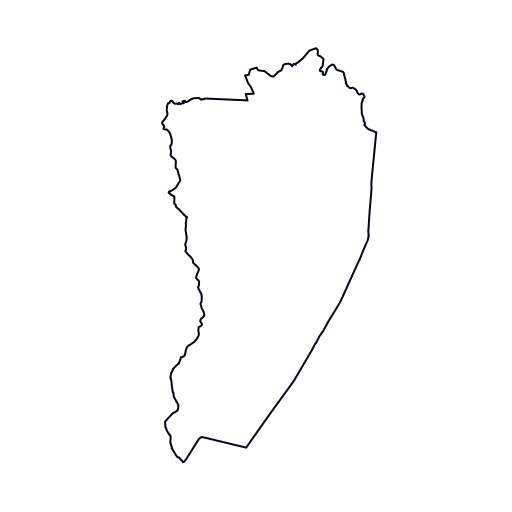 Rushinga, Mashonaland Central, Zimbabwe (Robinson projection), rotated 97°
{"feature_id": "62879985B22521901004108", "entity_name": "Rushinga", "entity_type": "district", "adm_level": 2, "iso_a3": "ZWE", "parent_name": "Zimbabwe", "parent_adm1": "Mashonaland Central", "projection": "robinson", "projection_center": [32.185, -16.62], "detail": "fine", "context": "isolated", "style": "outline", "palette": "ink", "viewbox_px": 512, "rotation_deg": 97, "n_neighbors": 0, "source": "geoboundaries", "source_scale": "gbopen_adm2", "svg_char_len": 6040}
<svg xmlns="http://www.w3.org/2000/svg" viewBox="0 0 512 512"><g transform="rotate(97 256 256)"><path d="M115.0,361.7L115.8,362.1L117.6,362.5L120.5,362.4L121.4,362.5L122.8,362.2L125.1,361.3L126.1,361.2L127.8,361.5L129.3,362.3L131.5,363.3L134.4,365.3L135.6,365.3L136.7,364.5L137.5,363.5L138.5,362.9L139.2,362.8L140.1,363.2L141.2,363.2L141.4,362.9L141.5,362.4L141.4,360.2L141.5,359.5L144.4,356.5L147.6,355.0L148.5,354.8L149.7,354.1L151.9,353.5L154.9,353.4L155.9,353.7L157.1,354.5L158.3,354.5L159.5,354.2L161.1,353.3L162.1,353.1L164.2,352.9L166.2,353.2L167.5,352.1L168.4,350.9L168.6,350.1L169.1,349.2L171.0,347.3L171.5,347.1L172.4,347.1L172.8,346.9L174.9,347.0L175.7,346.7L177.3,346.7L178.1,346.6L178.2,346.4L178.8,346.0L179.4,345.0L179.9,344.5L181.5,343.9L181.9,343.6L184.2,342.8L185.6,342.0L187.8,341.3L188.6,340.9L189.8,340.6L190.6,340.5L191.2,340.7L193.1,341.7L193.6,341.9L196.3,343.2L196.7,343.2L197.7,343.7L200.0,346.0L201.4,347.7L201.8,348.7L202.6,350.0L203.1,350.3L203.7,350.4L203.9,350.3L204.5,349.4L204.6,348.8L205.1,348.5L205.8,347.6L206.0,346.4L206.9,344.4L207.8,344.1L213.7,343.6L215.0,342.0L215.1,341.9L216.5,341.6L217.5,340.7L218.5,339.2L218.9,338.3L219.8,337.3L220.3,336.9L222.2,334.3L223.2,333.5L223.4,333.1L224.1,332.2L224.5,331.3L225.5,330.4L225.7,329.6L225.8,329.6L225.8,329.4L226.0,329.3L227.6,329.6L232.4,329.6L234.8,329.1L235.6,329.1L236.5,329.3L238.6,329.1L240.0,328.8L241.2,328.3L244.1,327.7L244.8,327.3L247.1,327.0L247.1,326.9L248.7,326.9L251.2,327.3L252.7,327.6L253.3,327.6L254.9,327.1L255.0,327.0L256.3,326.4L258.3,326.3L259.3,326.7L259.7,326.7L260.1,326.5L263.4,322.9L264.0,321.8L266.6,319.0L268.4,317.9L269.9,317.9L270.6,317.2L271.8,315.8L272.4,314.7L274.6,312.1L275.5,311.2L276.4,311.0L279.2,311.6L280.6,312.2L285.1,312.9L285.3,312.5L286.3,311.6L287.3,310.1L288.6,309.3L291.8,309.1L294.2,309.6L296.0,308.8L296.2,308.5L297.0,308.1L298.9,306.7L299.3,306.2L300.4,305.6L303.4,304.8L304.4,304.7L307.6,304.5L308.5,304.6L309.8,305.3L310.9,305.1L311.8,304.5L313.9,303.8L315.0,303.2L315.4,302.8L317.4,301.6L318.1,301.0L320.4,300.2L321.2,300.2L321.6,300.4L322.0,300.3L323.4,301.3L325.0,302.8L325.9,303.3L327.5,303.4L328.5,302.7L328.9,302.2L329.6,301.7L330.2,301.4L331.4,301.4L332.9,303.0L333.2,303.7L333.5,304.0L334.0,304.2L336.2,304.2L338.0,304.0L339.4,303.3L341.0,303.2L341.7,303.2L345.5,304.6L348.7,306.8L351.2,309.5L352.2,310.7L352.5,311.4L354.2,313.0L357.3,314.1L360.9,314.3L363.1,314.7L364.2,315.3L364.5,315.7L365.6,317.6L365.6,318.0L371.1,319.3L371.5,319.2L371.8,319.5L372.0,319.5L372.0,319.8L372.5,320.0L374.4,321.8L378.2,324.5L378.9,324.5L379.1,324.7L382.2,325.7L382.4,326.0L387.5,326.1L387.5,325.8L388.7,325.3L389.4,325.3L389.6,325.0L390.6,324.7L394.3,323.8L394.9,323.8L401.0,322.1L401.1,321.9L401.4,321.9L401.7,321.6L402.0,321.6L402.2,321.2L405.9,320.4L406.9,319.5L407.4,319.3L407.6,319.0L408.3,318.6L408.9,318.1L410.0,317.5L409.9,317.3L412.6,315.4L413.3,315.2L413.5,314.9L414.6,314.9L415.3,314.6L418.6,315.0L418.9,315.3L419.1,315.3L419.6,316.0L420.3,316.5L421.0,317.3L421.5,318.6L422.0,319.3L431.0,325.8L432.1,325.8L432.6,326.0L437.3,324.9L437.7,324.4L438.6,323.8L439.3,323.8L439.8,323.5L443.9,320.3L443.9,319.8L444.2,319.8L444.6,319.3L445.5,318.7L451.1,318.4L451.6,318.1L452.3,318.1L453.0,317.8L453.2,317.5L453.5,317.5L456.3,316.1L457.1,316.1L457.2,315.9L457.5,315.9L457.6,315.6L463.9,310.8L464.2,310.3L464.3,310.3L464.8,309.7L465.2,309.5L465.4,307.7L466.3,307.0L467.8,305.0L468.1,304.9L468.4,304.3L469.5,303.3L469.1,302.3L466.4,300.7L444.2,290.2L442.2,287.7L447.4,242.4L412.2,223.6L378.1,204.7L375.1,203.1L342.7,189.1L335.8,186.5L335.0,185.8L328.3,183.4L321.9,180.1L312.4,176.3L292.6,167.3L286.2,165.1L263.5,158.1L248.0,153.2L247.8,153.0L243.6,151.8L238.6,150.6L226.2,146.9L222.0,146.8L222.0,146.7L217.0,147.7L216.4,147.6L197.1,148.7L185.5,149.1L174.0,149.6L173.1,149.9L168.1,150.5L118.6,151.7L118.4,152.7L117.2,156.4L117.1,157.4L116.4,159.7L116.0,160.6L114.5,162.5L113.8,163.2L113.1,164.3L112.5,164.3L111.7,163.9L110.8,164.1L109.5,164.9L108.9,165.6L108.3,165.7L107.5,165.7L105.5,166.3L105.1,166.7L104.0,167.3L102.7,167.8L101.9,168.3L101.2,168.5L99.6,168.6L98.6,168.9L97.4,168.9L96.2,169.4L95.1,169.4L91.7,169.8L89.4,169.4L89.3,169.2L88.9,169.0L86.9,169.1L85.5,167.8L84.3,167.9L82.3,169.3L81.9,170.0L81.9,171.1L82.9,172.4L83.0,172.7L83.1,173.3L82.0,174.9L81.3,175.4L80.5,175.7L79.4,176.4L78.2,178.0L77.2,180.2L77.3,181.2L77.7,181.7L77.9,182.1L77.8,183.2L77.5,183.7L77.2,184.6L76.2,185.4L76.0,186.2L75.7,186.5L74.4,187.0L73.9,187.8L72.3,187.8L71.0,188.6L69.8,188.8L65.6,190.6L64.5,190.8L63.8,191.1L63.2,191.5L62.7,192.0L62.5,192.6L62.4,193.5L61.8,196.0L61.7,197.2L61.0,199.0L57.2,201.7L56.8,202.3L56.7,203.6L57.0,204.2L59.3,206.8L61.9,208.3L62.8,208.5L64.4,208.5L64.7,208.7L67.5,209.5L67.9,209.8L68.0,210.4L68.0,210.8L67.7,211.6L67.4,211.9L65.7,211.9L65.1,212.1L64.7,212.8L64.7,214.0L64.3,215.2L62.8,215.1L62.2,214.7L61.3,214.4L60.2,213.4L59.3,213.0L55.1,213.0L52.8,212.8L51.6,213.8L51.3,214.6L50.0,216.1L49.7,217.6L49.0,218.9L48.0,219.5L45.9,219.4L44.0,219.9L43.6,220.3L42.5,221.9L45.7,228.1L53.8,233.3L58.9,238.1L60.2,239.9L61.2,240.0L60.7,241.9L63.1,243.3L61.5,245.2L61.1,247.0L61.8,250.3L62.9,252.0L68.5,253.4L70.5,256.3L75.7,260.4L75.7,263.0L71.4,270.3L71.5,273.4L71.3,276.7L69.0,278.3L71.7,284.4L73.2,284.7L77.0,285.3L78.2,288.7L85.2,285.0L88.9,281.7L94.8,278.1L95.1,278.1L96.6,285.8L102.6,283.5L105.9,325.9L106.7,326.4L106.7,328.0L107.1,328.7L107.1,329.1L107.5,329.3L107.4,329.7L106.8,330.8L106.2,331.6L106.1,332.3L106.6,333.9L106.8,336.5L107.3,337.7L108.5,339.5L108.7,340.1L110.7,342.2L111.6,343.6L111.7,344.6L111.6,345.0L110.9,345.4L110.6,345.7L110.9,346.8L111.5,347.5L112.2,346.6L112.8,346.3L113.3,346.8L113.4,347.7L113.7,348.4L114.4,349.5L114.2,349.9L113.9,350.0L113.5,350.6L113.5,351.1L114.3,351.0L114.6,351.4L114.8,351.7L114.7,352.4L114.3,353.4L114.6,354.4L114.7,355.5L114.2,356.5L113.8,356.9L113.3,357.3L112.7,357.6L112.5,357.8L112.2,358.3L112.3,358.6L112.5,359.6L113.1,360.3L114.2,360.3L114.3,360.4L114.7,360.6L115.0,361.2L115.0,361.7Z" fill="none" stroke="#020617" stroke-width="2"/></g></svg>